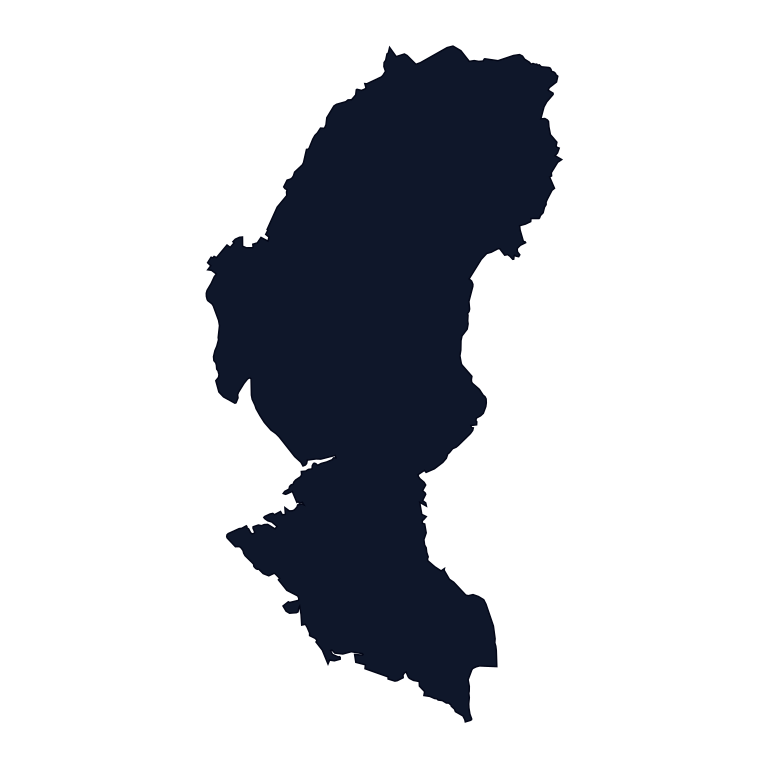 Bereni, Mures, Romania (orthographic projection)
{"feature_id": "2599482B23493570355811", "entity_name": "Bereni", "entity_type": "district", "adm_level": 2, "iso_a3": "ROU", "parent_name": "Romania", "parent_adm1": "Mures", "projection": "orthographic", "projection_center": [24.864, 46.565], "detail": "fine", "context": "isolated", "style": "filled", "palette": "ink", "viewbox_px": 768, "rotation_deg": 0, "n_neighbors": 0, "source": "geoboundaries", "source_scale": "gbopen_adm2", "svg_char_len": 6060}
<svg xmlns="http://www.w3.org/2000/svg" viewBox="0 0 768 768"><path d="M465.3,721.9L470.3,720.4L471.5,719.7L471.7,719.0L469.9,714.1L468.9,707.9L468.7,704.0L469.3,697.6L468.8,693.2L469.2,691.2L469.3,686.4L468.1,679.7L471.9,669.6L472.9,668.4L476.2,666.8L479.6,665.9L496.8,666.6L496.3,650.5L495.8,646.2L494.8,642.8L495.1,638.8L493.4,626.0L486.0,604.2L483.7,599.7L478.4,596.5L473.0,594.6L468.3,595.7L465.8,595.1L453.7,582.2L449.4,579.3L444.1,570.2L444.4,568.6L441.1,570.9L434.7,566.7L427.8,560.7L427.5,558.9L428.2,556.9L426.7,552.3L426.2,547.8L424.6,545.0L423.9,539.6L426.2,532.9L424.7,524.0L422.4,523.3L422.3,520.1L423.3,520.0L426.3,516.6L421.8,514.4L419.7,502.3L426.4,506.1L425.7,502.9L422.6,500.5L425.7,494.3L425.2,493.0L422.6,490.6L425.7,485.0L424.1,482.3L420.0,478.8L418.5,476.7L418.0,474.7L424.4,470.4L426.1,472.4L434.4,468.8L442.8,462.4L446.3,458.3L447.8,453.9L449.4,452.7L452.6,448.7L456.1,447.2L458.3,445.4L470.4,433.6L472.7,430.4L473.3,427.9L471.5,427.7L470.8,425.5L476.6,424.8L476.8,421.8L475.8,420.3L476.5,418.0L480.6,415.8L483.3,413.3L485.8,406.6L486.3,402.8L486.1,398.9L485.0,396.7L483.1,395.1L479.3,389.3L472.3,383.2L471.5,381.6L471.4,379.4L471.9,376.3L462.0,365.0L461.3,363.5L459.9,355.8L460.8,350.2L461.0,340.6L462.0,335.9L467.2,329.1L468.1,323.9L467.7,320.8L468.0,315.0L467.4,313.9L469.1,311.3L469.6,309.0L468.9,301.5L472.8,286.5L472.9,284.3L471.6,281.1L469.1,278.9L481.3,259.3L486.7,253.5L491.3,252.2L498.0,248.7L499.7,248.7L504.7,255.2L507.7,254.6L510.0,256.3L512.7,259.3L513.7,259.2L514.2,255.4L514.7,255.1L515.8,256.1L518.7,256.7L519.8,254.8L517.6,252.0L517.2,249.7L517.5,248.1L520.3,245.3L525.6,242.7L525.0,241.7L523.4,241.5L520.1,230.0L519.6,225.7L525.4,224.1L530.7,221.6L531.0,218.5L539.0,218.5L539.6,217.9L540.4,215.6L543.1,212.8L544.5,207.2L546.1,204.7L546.1,202.0L547.5,198.9L552.0,190.3L554.5,188.3L549.6,177.0L551.6,175.9L551.3,172.7L557.7,162.3L561.7,159.6L555.1,155.7L557.5,152.9L559.2,148.1L557.0,147.3L556.1,146.1L556.9,142.2L550.4,134.6L548.9,126.8L548.5,121.4L547.3,119.9L544.8,118.5L540.8,118.9L544.0,106.9L546.8,101.8L553.1,94.5L553.1,93.2L548.2,90.2L549.2,87.7L556.5,82.0L557.8,76.2L555.8,74.6L555.5,73.4L554.0,72.1L551.4,71.2L551.1,69.6L550.2,68.1L548.9,67.5L541.4,66.8L539.3,64.8L537.5,65.2L536.8,64.1L535.3,64.3L533.0,63.5L531.0,64.2L529.4,62.2L524.6,59.2L522.5,56.1L519.6,54.6L513.5,55.5L498.0,60.7L484.9,58.8L484.4,58.9L483.0,61.1L478.7,61.4L474.2,60.6L469.3,61.4L460.9,50.7L453.0,46.1L447.1,47.6L420.4,62.7L415.9,64.3L407.1,55.5L404.4,54.0L396.2,56.6L389.6,47.4L388.3,53.0L387.0,53.9L385.7,60.2L384.1,62.5L383.9,66.6L385.5,71.3L382.9,75.4L381.4,76.9L366.8,83.8L364.8,83.6L365.9,87.5L365.6,88.5L364.2,89.3L361.5,90.4L357.0,89.3L356.3,89.8L355.7,94.9L351.5,99.8L348.0,99.9L345.8,101.7L336.5,104.3L333.9,106.0L326.8,117.7L326.0,124.7L324.7,127.7L324.0,128.3L320.5,128.1L317.4,132.9L314.9,135.4L312.8,139.1L309.1,148.2L308.3,149.2L306.5,149.4L303.5,162.6L302.4,164.8L294.6,172.1L293.5,175.7L292.3,177.7L290.5,179.1L287.1,180.1L283.7,186.9L285.0,188.6L287.1,189.8L286.5,192.0L286.8,195.5L277.2,207.1L267.1,229.5L267.9,230.1L265.7,234.4L269.0,237.1L267.9,241.1L261.0,237.4L257.3,242.9L252.8,244.2L253.1,246.9L252.6,247.7L246.4,247.8L242.6,246.2L242.5,237.0L239.5,237.3L235.3,239.2L232.9,241.7L234.1,242.9L230.2,247.4L227.0,245.0L216.5,257.6L214.1,256.4L212.8,257.9L211.1,257.2L207.6,262.7L210.8,265.8L207.7,269.8L211.5,270.3L216.4,274.0L214.3,276.7L211.1,283.6L207.1,290.3L206.3,293.2L206.4,296.5L207.2,299.6L207.9,300.7L211.9,303.8L213.2,305.7L218.6,320.4L219.5,325.6L218.2,337.5L218.5,339.8L216.8,346.2L214.9,350.7L213.5,356.7L213.9,360.7L215.7,362.7L216.4,365.1L216.7,369.1L218.0,370.8L219.0,374.6L218.5,377.4L215.8,380.7L218.9,392.0L223.5,396.9L234.9,403.2L236.0,402.8L238.0,397.9L237.6,394.7L238.5,392.3L244.0,383.4L247.6,378.9L250.0,377.7L251.1,379.0L251.4,395.1L252.2,399.3L255.0,405.3L256.1,408.7L260.0,415.6L264.4,422.5L271.0,430.1L275.9,433.6L279.1,436.8L294.7,456.6L300.9,462.2L303.0,466.0L305.4,465.0L306.6,463.5L307.3,460.1L316.2,458.9L320.8,459.1L335.1,455.4L336.0,457.8L333.5,457.9L332.2,459.7L326.6,462.0L321.1,463.5L317.7,465.3L315.7,463.6L314.3,463.2L313.5,463.5L312.3,465.6L312.1,468.4L311.7,469.0L308.4,469.4L305.7,471.1L301.3,471.5L301.6,474.6L300.7,476.6L295.6,480.0L293.9,482.0L293.1,484.3L291.2,484.8L289.6,486.4L289.0,489.1L284.7,491.4L283.2,493.5L285.4,494.3L286.6,494.0L292.3,491.4L296.9,502.4L298.4,501.6L299.2,503.1L302.4,502.3L303.9,504.8L302.4,504.1L297.7,504.9L296.9,507.2L294.4,509.9L292.3,510.8L289.3,510.9L284.9,507.6L285.4,514.1L285.1,514.5L282.3,514.8L280.5,511.5L274.4,514.7L272.8,513.4L270.0,514.0L264.8,516.4L263.8,517.4L264.7,518.6L267.8,520.8L271.8,522.0L277.0,526.4L275.0,528.9L267.7,524.4L264.2,524.6L261.5,525.7L258.4,525.0L253.1,526.8L253.0,528.1L254.7,532.2L254.2,533.3L251.9,533.9L250.5,532.5L248.6,528.9L246.9,527.8L246.9,526.5L246.3,525.8L241.8,528.3L239.2,528.6L228.2,533.6L227.0,534.8L226.7,536.7L227.2,538.0L235.4,546.7L239.4,546.6L241.0,547.8L243.0,550.5L243.7,553.2L245.1,555.7L253.5,564.0L253.9,566.5L255.7,568.5L257.3,569.3L258.7,569.1L263.2,573.6L268.8,575.8L273.9,573.4L275.0,573.6L279.7,578.4L278.4,579.8L286.9,590.4L297.7,595.9L298.7,598.0L298.8,599.6L298.3,600.4L289.7,602.5L288.3,601.8L283.0,606.0L286.1,611.2L289.5,613.2L296.3,612.7L298.0,611.9L298.9,607.4L299.7,606.1L301.1,614.7L301.7,625.1L305.4,624.3L307.2,627.4L309.6,633.0L309.6,635.6L315.1,638.3L316.8,640.0L316.9,640.5L316.0,642.0L322.3,650.1L328.0,664.0L329.6,660.1L334.4,660.8L340.2,659.2L340.2,657.3L339.5,656.7L338.2,656.9L332.4,654.4L330.6,650.7L331.2,650.2L332.1,650.2L334.9,653.1L342.8,654.0L351.3,651.7L362.4,653.6L363.1,654.5L362.3,655.2L354.6,654.4L355.8,662.3L365.4,664.8L365.0,668.7L388.1,676.9L388.1,679.0L394.9,681.1L397.2,680.7L403.2,677.7L403.0,675.1L404.3,673.0L406.1,671.9L408.2,676.8L409.4,678.3L413.4,680.4L419.2,681.5L419.4,686.1L424.6,691.6L423.9,695.5L429.8,696.4L434.6,698.5L436.9,698.8L438.1,700.0L442.4,700.6L446.3,703.0L448.7,703.1L451.0,705.0L451.3,706.2L454.5,709.1L455.4,711.6L462.9,715.9L464.8,719.6L465.3,721.9Z" fill="#0f172a" stroke="#020617" stroke-width="1.5"/></svg>